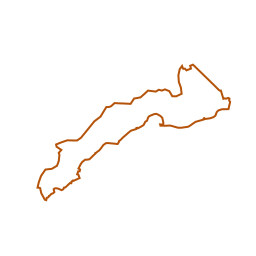 outline of Al Gitaina, White Nile, Sudan, rotated 70°
{"feature_id": "16777658B71030870448904", "entity_name": "Al Gitaina", "entity_type": "district", "adm_level": 2, "iso_a3": "SDN", "parent_name": "Sudan", "parent_adm1": "White Nile", "projection": "natural_earth1", "projection_center": [32.426, 14.401], "detail": "fine", "context": "isolated", "style": "outline", "palette": "amber", "viewbox_px": 256, "rotation_deg": 70, "n_neighbors": 0, "source": "geoboundaries", "source_scale": "gbopen_adm2", "svg_char_len": 2723}
<svg xmlns="http://www.w3.org/2000/svg" viewBox="0 0 256 256"><g transform="rotate(70 128 128)"><path d="M138.8,219.8L143.3,226.1L148.5,230.4L153.1,233.4L154.0,231.5L154.5,231.1L159.5,231.8L166.9,230.7L167.2,230.3L167.7,229.6L167.8,229.5L166.6,228.7L165.8,228.3L165.8,226.5L165.3,225.9L164.8,225.5L164.7,224.4L163.8,222.9L163.6,220.3L163.0,219.1L161.0,219.0L160.0,218.7L159.7,217.1L160.7,214.8L163.7,211.6L163.4,209.7L162.1,208.5L162.4,207.2L159.9,201.4L160.5,200.2L159.1,199.5L159.1,198.7L158.6,198.3L158.5,197.6L159.0,197.2L158.5,190.6L154.8,190.6L154.1,191.6L151.7,189.6L152.2,188.3L150.6,187.2L149.2,188.4L146.3,185.4L145.9,184.9L144.3,182.7L143.1,179.0L143.6,178.0L144.2,175.0L140.9,167.5L140.4,167.2L140.6,166.9L139.9,165.2L139.2,162.7L137.5,159.8L135.6,157.1L134.7,153.9L135.5,151.4L135.9,150.7L136.4,149.7L137.4,147.5L138.3,145.7L139.5,143.2L138.1,141.4L137.3,141.1L136.9,140.1L136.9,139.6L135.7,137.1L135.0,135.5L133.6,131.8L132.6,129.3L131.6,126.4L131.5,126.0L131.7,122.3L131.8,120.7L130.9,120.2L131.0,119.1L131.7,118.7L131.2,115.5L130.6,112.4L129.4,111.1L128.0,109.6L127.7,107.7L125.3,105.7L124.6,105.0L124.1,103.6L124.0,101.3L123.9,98.8L124.4,96.5L125.9,95.0L127.2,93.9L127.6,93.6L128.2,93.2L130.2,92.3L133.9,92.8L135.1,93.0L135.5,93.0L136.8,94.0L135.6,96.6L136.9,96.7L137.0,96.4L137.1,96.1L138.2,93.3L138.7,92.0L139.7,88.8L140.2,87.4L141.8,85.1L144.0,82.1L144.9,80.8L146.0,77.8L146.6,74.9L146.9,73.5L147.4,71.0L147.2,69.9L147.0,68.8L146.1,65.6L145.3,62.4L145.6,58.5L145.9,53.9L145.1,53.8L144.8,53.4L144.9,52.8L145.9,52.5L146.9,47.8L147.0,46.8L147.0,43.9L146.3,41.6L143.5,39.3L142.4,37.1L142.5,33.7L142.7,32.7L143.7,30.0L144.3,28.1L144.6,27.1L143.9,26.6L141.2,25.0L141.2,24.9L138.4,23.1L137.4,23.4L136.7,23.5L136.0,23.2L135.5,22.7L135.0,22.6L134.6,23.0L134.1,23.5L134.0,24.2L134.0,24.9L134.0,25.5L133.7,26.5L133.3,26.9L133.1,27.3L133.2,28.0L133.2,28.4L127.9,28.1L124.6,27.9L124.5,28.2L124.4,28.6L124.2,29.1L122.6,30.0L122.4,30.0L122.1,30.2L119.3,31.5L117.1,32.5L116.7,32.7L114.9,33.6L114.1,34.0L112.8,34.6L97.5,42.0L96.7,42.4L93.7,43.8L92.3,44.5L91.2,45.1L90.7,45.3L90.8,48.1L90.8,48.3L93.7,48.5L93.8,53.4L91.7,54.2L91.3,55.8L90.7,56.0L90.0,56.0L88.2,56.0L88.9,57.0L90.4,59.3L93.4,61.2L95.9,62.7L102.2,64.5L108.2,64.5L114.2,65.9L114.7,71.9L113.3,75.5L107.5,76.6L104.4,80.0L104.4,83.4L102.6,86.0L103.3,89.4L99.7,96.4L101.5,100.7L103.5,105.8L102.4,112.2L106.2,117.3L103.4,123.9L101.8,127.9L100.0,132.1L100.4,133.1L101.8,136.6L101.7,138.9L100.9,141.2L106.2,147.8L107.9,149.9L110.2,157.3L121.1,175.5L122.3,180.1L120.6,184.7L118.8,189.3L118.7,196.1L118.9,201.2L121.2,201.5L125.8,198.1L127.7,201.6L129.7,201.6L135.1,204.2L139.2,207.6L140.3,213.6L138.8,219.8Z" fill="none" stroke="#b45309" stroke-width="2"/></g></svg>